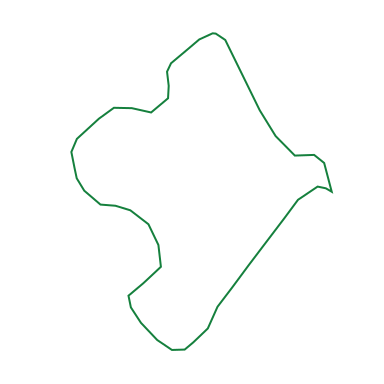 SVG path tracing the border of Aberdeen, rotated 320°
{"feature_id": "GBR-2012", "entity_name": "Aberdeen", "entity_type": "Unitary District (city)", "adm_level": 1, "iso_a3": "GBR", "parent_name": "United Kingdom", "parent_adm1": "", "projection": "albers", "projection_center": [-2.195, 57.162], "detail": "fine", "context": "isolated", "style": "outline", "palette": "green", "viewbox_px": 384, "rotation_deg": 320, "n_neighbors": 0, "source": "natural_earth", "source_scale": "10m", "svg_char_len": 742}
<svg xmlns="http://www.w3.org/2000/svg" viewBox="0 0 384 384"><g transform="rotate(320 192 192)"><path d="M315.2,96.9L296.4,173.0L292.0,202.9L294.2,230.2L309.4,242.1L311.9,254.7L299.2,281.6L296.9,275.2L291.7,268.6L268.2,266.1L246.1,271.4L211.2,279.3L188.4,284.5L161.3,291.0L137.8,296.3L116.4,306.7L96.5,308.0L85.1,308.0L75.1,300.1L70.2,283.0L68.8,259.4L71.0,241.1L76.7,230.6L95.9,230.6L120.1,229.3L132.2,211.0L137.9,188.7L133.0,166.4L124.5,153.3L113.8,142.8L110.3,121.8L112.5,107.4L117.4,98.2L125.3,83.8L138.0,77.3L167.8,76.0L186.3,77.3L199.8,89.1L211.8,104.8L223.2,104.8L233.9,104.8L242.4,95.7L250.2,83.8L258.7,79.9L269.3,79.9L278.5,79.9L295.6,79.8L309.8,83.7L312.0,85.9L315.2,96.9Z" fill="none" stroke="#15803d" stroke-width="2"/></g></svg>